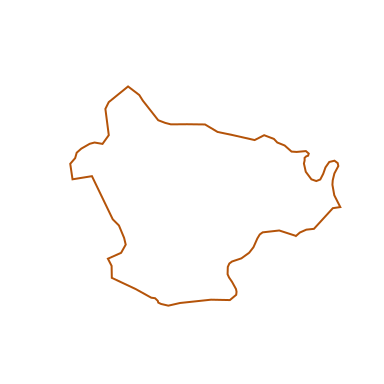 an SVG outline of Kocevje, rotated 311°
{"feature_id": "SVN-207", "entity_name": "Kocevje", "entity_type": "Municipality", "adm_level": 1, "iso_a3": "SVN", "parent_name": "Slovenia", "parent_adm1": "", "projection": "mercator", "projection_center": [14.941, 45.623], "detail": "fine", "context": "isolated", "style": "outline", "palette": "amber", "viewbox_px": 384, "rotation_deg": 311, "n_neighbors": 0, "source": "natural_earth", "source_scale": "10m", "svg_char_len": 1245}
<svg xmlns="http://www.w3.org/2000/svg" viewBox="0 0 384 384"><g transform="rotate(311 192 192)"><path d="M277.9,313.8L272.2,308.9L244.2,308.2L238.6,303.0L232.2,300.0L227.0,299.3L227.0,299.1L220.2,283.1L207.9,271.8L204.4,271.0L199.8,271.8L190.7,274.6L183.7,275.0L174.3,272.8L165.8,267.8L162.5,267.1L158.9,268.2L153.3,272.8L151.8,276.0L150.4,281.3L147.6,288.9L145.9,291.1L143.4,292.8L135.3,291.5L123.2,277.0L100.4,255.8L90.7,248.7L87.2,242.1L86.4,239.1L87.4,237.6L87.6,233.8L85.5,230.6L81.8,213.2L74.6,187.8L83.5,179.8L86.5,172.3L99.6,178.4L108.8,176.5L112.8,170.9L118.8,158.8L119.4,150.1L138.3,106.1L123.2,93.5L133.4,81.6L140.9,81.6L146.0,79.2L152.1,80.0L161.3,83.2L165.4,86.0L169.6,92.9L180.3,91.9L197.9,72.1L205.2,70.2L229.7,74.5L230.6,88.6L228.7,94.9L224.0,119.4L226.6,126.5L229.2,131.7L239.9,143.8L251.5,157.5L254.1,171.9L261.5,185.1L272.3,205.2L282.2,209.2L285.8,219.0L285.3,223.9L287.9,231.4L287.8,240.6L290.9,244.7L297.6,251.1L297.6,254.9L295.6,255.8L293.8,254.8L291.6,254.6L289.7,256.3L286.9,257.8L281.9,264.6L279.9,273.8L281.8,278.6L285.6,280.6L291.8,279.1L298.1,276.6L304.7,275.9L309.1,279.0L309.4,283.0L307.6,285.4L299.4,287.3L293.2,290.5L289.6,293.2L282.9,301.5L277.9,313.8Z" fill="none" stroke="#b45309" stroke-width="2"/></g></svg>